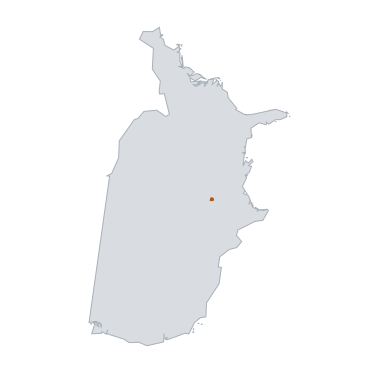 Marshall, Oklahoma, United States of America shown in context, rotated 278°
{"feature_id": "52423323B10683524910186", "entity_name": "Marshall", "entity_type": "district", "adm_level": 2, "iso_a3": "USA", "parent_name": "United States of America", "parent_adm1": "Oklahoma", "projection": "natural_earth1", "projection_center": [-96.746, 33.999], "detail": "fine", "context": "in_parent", "style": "filled", "palette": "amber", "viewbox_px": 384, "rotation_deg": 278, "n_neighbors": 0, "source": "geoboundaries", "source_scale": "gbopen_adm2", "svg_char_len": 4250}
<svg xmlns="http://www.w3.org/2000/svg" viewBox="0 0 384 384"><g transform="rotate(278 192 192)"><path d="M308.1,135.6L328.9,133.8L336.0,118.7L344.1,121.3L345.3,130.6L350.5,136.8L342.7,139.1L342.5,140.8L341.0,138.6L339.3,142.3L333.4,144.9L330.0,154.2L333.8,158.2L336.1,157.7L335.4,156.0L336.2,156.8L336.5,158.8L329.9,160.1L328.5,157.9L328.0,160.8L320.3,161.5L314.6,165.2L315.1,163.1L314.5,161.7L313.2,166.8L314.9,167.7L314.7,172.0L311.1,177.5L306.7,174.1L309.0,170.6L306.3,173.0L307.7,176.9L309.5,179.1L310.0,181.5L305.6,190.5L306.7,184.9L302.5,179.6L304.8,173.9L301.0,175.6L302.8,183.9L298.9,181.4L297.7,181.7L298.7,179.1L298.6,178.3L297.4,180.3L297.4,182.1L303.4,185.3L302.2,186.8L299.4,183.9L298.4,183.4L301.8,186.9L303.3,187.6L302.6,189.7L300.7,188.0L303.6,191.2L303.0,191.6L301.6,190.0L298.0,189.3L302.6,192.3L305.3,192.2L308.5,199.9L305.7,194.0L306.7,197.8L301.5,197.0L305.4,200.8L307.2,199.7L305.0,203.2L300.0,202.0L303.1,203.8L300.6,205.5L303.7,206.8L298.2,207.6L295.6,213.2L290.4,214.7L280.9,224.8L279.6,223.7L276.2,233.0L275.9,235.3L277.8,242.5L285.6,263.6L283.4,274.7L279.7,275.4L276.0,269.4L275.2,264.4L269.8,258.7L271.5,256.1L269.0,256.2L269.8,248.9L263.5,241.5L254.1,243.3L252.4,239.0L243.1,238.6L244.2,237.0L242.6,238.6L238.4,239.4L238.3,236.1L237.6,238.4L224.9,239.0L230.4,240.7L228.5,243.7L232.7,246.6L230.6,248.2L226.0,244.3L225.7,247.3L219.5,246.0L215.9,242.2L213.8,244.1L204.6,241.1L199.3,245.4L200.6,244.2L197.7,243.1L196.3,248.3L190.7,251.7L192.0,250.7L188.3,250.1L189.6,251.9L185.3,254.1L183.6,259.9L181.7,259.0L183.4,260.5L183.7,265.8L185.4,269.1L184.1,270.2L173.8,266.1L171.6,258.3L160.8,242.8L155.2,242.0L149.8,248.1L143.2,244.0L140.3,236.9L131.7,228.5L121.5,228.4L121.4,231.6L105.0,231.6L84.2,221.8L70.3,223.1L68.6,217.7L63.0,212.6L51.0,208.6L51.2,204.8L42.1,187.8L42.5,186.0L44.5,188.2L43.4,184.5L47.9,184.1L39.5,184.6L33.5,168.7L35.8,160.3L34.1,150.8L36.9,144.7L39.8,127.2L43.9,127.7L39.3,126.8L41.1,122.1L39.5,122.1L37.6,112.4L47.8,114.0L45.3,119.2L49.0,115.5L48.2,119.8L45.7,120.9L47.4,121.1L49.5,119.3L50.6,114.9L48.4,108.2L196.2,108.2L196.2,105.6L199.1,109.9L215.8,114.6L232.6,112.9L256.0,125.0L257.1,128.1L265.1,133.2L268.1,145.6L263.1,155.5L265.8,158.8L285.5,150.9L284.5,146.3L286.2,145.5L297.4,145.2L308.1,135.6ZM322.7,163.6L326.1,163.1L314.5,166.0L324.0,162.4L322.7,163.6ZM48.8,112.3L49.9,115.1L49.8,115.5L48.1,113.4L48.8,112.3ZM185.2,268.2L183.9,263.5L183.9,260.8L184.1,263.6L185.2,268.2ZM343.6,139.4L343.7,140.8L343.1,140.5L343.6,139.4ZM216.0,243.5L216.3,244.6L215.3,243.8L216.0,243.5ZM55.5,213.0L56.9,212.4L57.0,212.5L55.5,213.0ZM54.0,212.5L53.4,213.3L53.0,212.6L54.0,212.5ZM333.0,160.3L332.1,161.2L331.9,161.0L333.0,160.3ZM184.7,258.4L184.0,260.5L185.9,256.4L184.7,258.4ZM283.3,256.6L284.7,260.8L283.0,256.2L283.3,256.6ZM62.5,216.4L63.0,217.6L62.4,216.5L62.5,216.4ZM284.0,275.3L282.9,276.7L284.7,273.9L284.0,275.3ZM309.0,202.5L307.8,204.1L308.7,200.3L309.0,202.5ZM47.6,110.1L47.6,110.9L47.0,110.5L47.6,110.1ZM189.6,252.8L187.6,253.7L189.7,252.4L189.6,252.8ZM336.2,160.7L336.2,161.7L335.2,161.5L336.2,160.7ZM62.3,219.6L62.7,220.9L62.1,219.7L62.3,219.6ZM187.1,254.5L186.3,255.0L187.0,254.2L187.1,254.5ZM309.6,183.3L308.4,185.4L309.7,182.4L309.6,183.3ZM198.6,246.3L197.3,247.1L199.2,245.7L198.6,246.3ZM276.4,234.1L276.3,235.9L276.1,234.7L276.4,234.1ZM304.2,207.1L303.8,207.4L305.0,206.1L304.2,207.1ZM257.5,242.9L255.9,243.8L255.3,243.6L257.5,242.9ZM237.8,239.1L237.5,239.4L236.6,239.3L237.8,239.1ZM273.4,264.6L273.7,265.8L273.2,264.3L273.4,264.6ZM233.8,241.5L233.6,242.6L233.4,240.6L233.8,241.5ZM280.5,278.3L279.7,278.4L280.9,278.0L280.5,278.3ZM314.4,172.7L313.9,173.8L314.5,172.3L314.4,172.7ZM306.9,204.4L306.3,204.8L306.2,204.8L306.9,204.4Z" fill="#d9dde1" stroke="#a8b0b8" stroke-width="1"/><path d="M186.6,211.5L186.4,211.5L186.4,212.2L186.4,212.6L186.6,212.6L186.6,213.1L186.8,213.1L186.8,213.3L186.8,213.5L187.0,213.7L187.0,213.8L187.2,213.7L187.3,213.6L187.5,213.7L187.5,213.8L187.6,214.0L187.9,213.9L188.0,213.9L188.0,213.7L188.1,213.4L188.3,213.4L188.4,213.5L188.5,213.5L188.6,213.4L188.6,213.1L188.6,212.9L188.4,212.8L188.4,212.7L188.5,212.7L188.8,212.3L188.8,212.2L188.7,212.1L188.6,211.9L188.5,211.7L188.4,211.6L188.2,211.6L186.6,211.5Z" fill="#f59e0b" stroke="#b45309" stroke-width="1.5"/></g></svg>